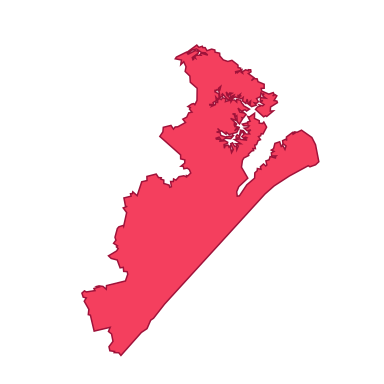 Kaipara District, Northland, New Zealand (Equal Earth projection), rotated 256°
{"feature_id": "76426892B63494088345666", "entity_name": "Kaipara District", "entity_type": "district", "adm_level": 2, "iso_a3": "NZL", "parent_name": "New Zealand", "parent_adm1": "Northland", "projection": "equal_earth", "projection_center": [174.219, -35.995], "detail": "fine", "context": "isolated", "style": "filled", "palette": "rose", "viewbox_px": 384, "rotation_deg": 256, "n_neighbors": 0, "source": "geoboundaries", "source_scale": "gbopen_adm2", "svg_char_len": 6109}
<svg xmlns="http://www.w3.org/2000/svg" viewBox="0 0 384 384"><g transform="rotate(256 192 192)"><path d="M50.6,83.5L68.0,108.9L70.3,115.3L77.6,120.9L78.8,124.1L89.9,138.3L172.4,262.3L178.1,273.3L184.0,290.4L189.4,311.2L187.9,312.5L188.5,318.5L190.7,322.4L208.0,323.3L215.9,321.5L225.5,313.2L224.5,308.4L225.5,306.2L225.3,304.4L224.3,304.5L225.1,305.8L224.6,307.0L223.6,304.0L225.4,303.8L222.5,296.9L219.0,296.3L220.6,295.9L219.9,292.3L217.1,292.0L213.9,294.4L210.8,292.5L215.8,291.2L214.6,290.4L214.5,289.6L219.5,289.2L219.1,284.2L214.3,281.6L213.5,279.1L211.6,281.4L210.8,278.4L207.7,278.1L206.7,282.4L205.8,280.8L204.5,281.7L207.5,276.4L204.6,274.6L204.3,271.2L200.1,271.2L199.4,269.9L201.9,268.2L200.0,264.5L197.4,264.4L199.0,261.1L196.9,260.4L195.4,257.6L190.3,256.1L185.7,246.9L176.8,237.1L177.0,234.9L181.4,235.4L185.9,238.7L191.9,249.5L204.1,246.0L210.5,248.6L212.5,250.6L213.7,255.9L215.1,255.9L217.3,259.8L217.3,261.8L219.4,261.6L218.7,264.0L222.3,264.2L222.4,266.1L225.9,268.6L226.2,271.1L229.7,269.9L229.9,272.2L231.9,273.3L231.1,274.9L236.9,280.1L242.5,278.6L241.4,277.0L242.5,273.9L244.9,274.5L248.3,270.4L253.3,271.8L250.9,265.7L251.8,264.4L246.6,265.6L246.5,262.9L244.7,262.6L245.7,261.9L245.7,257.2L243.8,258.1L242.3,263.4L240.9,261.6L241.3,258.1L238.1,260.3L238.1,264.1L236.5,261.1L234.5,262.0L235.1,258.5L239.1,256.6L240.0,254.5L235.6,256.6L233.7,253.7L232.0,254.9L232.3,257.3L231.3,258.4L230.7,255.8L228.9,258.0L231.4,251.6L234.0,251.2L237.4,254.0L239.0,253.5L234.8,251.5L236.6,249.7L235.4,248.2L233.3,247.8L233.4,249.7L232.1,249.7L232.6,245.9L227.0,251.1L228.3,246.0L225.4,248.1L222.2,245.7L225.9,246.2L225.9,244.4L229.9,243.2L229.5,241.3L223.2,242.3L222.7,240.5L222.1,241.4L220.6,239.9L227.6,240.2L226.5,238.8L228.7,238.4L228.8,235.3L226.6,234.0L230.3,234.6L230.5,238.1L231.6,238.7L233.8,236.3L234.5,231.4L236.3,232.1L237.1,229.4L237.7,230.1L237.7,228.4L238.4,228.4L238.7,231.6L234.6,233.3L236.0,237.6L234.3,242.5L236.7,246.0L237.6,245.2L236.0,243.5L237.1,242.6L237.3,237.8L239.9,233.7L242.9,233.6L244.1,230.3L244.6,233.9L247.5,232.1L244.4,234.2L243.7,232.3L244.2,235.4L239.8,239.0L241.6,239.7L238.8,241.9L239.0,249.9L243.6,253.9L241.0,248.1L244.2,251.9L245.0,249.5L246.8,249.2L248.0,249.6L246.1,250.8L247.2,251.8L254.1,247.3L250.8,252.0L257.0,251.7L258.1,250.2L257.5,252.6L254.3,252.1L255.2,253.9L249.4,252.9L246.5,254.5L250.7,258.7L252.1,258.4L251.5,259.8L254.2,263.2L258.2,260.2L256.6,260.5L257.9,257.7L262.3,256.9L258.5,259.6L259.0,263.4L257.3,264.5L258.5,267.8L263.4,262.8L264.1,262.9L266.2,261.7L268.6,261.4L269.5,260.9L271.0,257.6L268.5,257.1L271.0,255.4L271.6,253.2L270.1,251.6L271.9,251.9L271.6,246.3L274.0,247.5L276.0,244.7L274.6,242.6L275.9,241.7L275.3,239.3L272.7,238.5L273.6,236.7L271.1,235.8L270.4,231.8L271.7,233.1L271.9,230.4L272.6,230.4L271.7,234.3L273.7,234.1L274.8,237.8L278.3,238.1L276.1,239.2L276.9,241.2L280.8,241.7L283.6,238.5L285.7,239.0L284.1,239.3L285.3,240.9L284.4,242.5L286.2,242.8L287.5,245.4L284.1,243.6L283.9,241.2L283.7,242.6L276.9,242.1L277.6,244.8L279.3,244.6L279.9,245.3L272.8,249.2L273.5,252.0L277.4,249.3L280.8,249.4L277.3,251.0L279.0,252.6L278.1,254.8L277.1,252.1L273.1,253.1L275.3,253.8L275.8,256.3L272.9,254.0L273.8,257.0L272.1,259.5L274.6,260.0L274.2,261.1L274.9,261.9L275.1,262.4L273.9,261.5L273.5,263.2L273.3,260.8L271.8,260.6L270.4,262.6L271.3,264.5L268.1,263.1L264.9,265.6L268.8,268.0L264.7,267.8L264.5,269.5L265.7,270.0L266.1,270.9L263.3,269.9L264.1,267.6L260.4,270.5L260.7,275.4L263.5,274.0L262.5,276.0L263.5,278.3L267.0,277.2L268.1,281.6L271.5,282.9L269.5,284.2L270.0,285.8L268.2,283.9L265.2,286.3L267.0,281.3L263.9,280.3L263.5,283.0L262.9,279.9L259.4,283.1L258.5,281.5L260.3,278.2L258.8,278.8L258.7,276.2L256.8,273.6L247.6,279.7L248.2,281.8L247.2,282.8L251.0,290.6L251.6,287.5L255.5,288.8L258.0,296.5L259.7,296.4L260.9,293.7L264.8,297.6L266.3,296.2L265.7,293.4L266.5,295.4L268.8,294.9L268.4,290.2L273.1,284.1L275.8,284.2L275.2,287.1L279.1,288.1L283.1,282.7L286.0,282.6L287.0,279.7L285.7,276.6L287.8,279.9L293.3,275.3L294.3,278.3L296.4,278.5L297.0,276.4L296.0,276.2L297.6,273.5L296.4,269.9L295.0,269.9L296.3,268.7L298.4,269.9L296.9,264.9L297.4,264.6L296.0,265.2L297.5,264.4L297.0,263.3L298.2,263.4L298.1,268.7L300.4,269.2L301.6,266.8L304.0,267.3L310.1,262.6L310.0,258.4L312.6,254.3L317.3,251.9L320.0,252.4L322.1,248.2L324.3,248.5L325.9,245.6L325.5,240.7L328.9,239.7L329.5,237.4L330.9,237.3L330.7,233.6L333.4,232.2L328.9,221.2L327.8,221.3L329.7,226.6L329.7,231.0L325.0,235.0L323.9,238.6L321.6,240.1L321.3,239.9L324.5,234.4L323.4,232.9L322.7,233.7L322.5,233.8L323.6,229.4L322.6,227.3L321.0,227.7L322.4,226.2L320.3,225.6L320.1,224.9L322.4,224.8L325.1,231.4L326.8,232.5L328.4,229.3L326.6,221.5L329.1,220.5L326.7,209.5L325.3,208.0L322.6,213.7L318.3,211.9L320.4,215.5L315.0,216.5L310.6,214.5L305.0,218.0L298.9,216.9L291.4,222.1L279.7,219.0L276.0,215.9L277.4,215.1L277.4,212.8L275.9,208.7L274.3,210.8L273.1,209.6L269.5,211.3L269.6,208.0L265.9,205.0L264.9,200.7L261.0,202.5L258.7,193.9L259.2,191.4L257.5,189.2L261.7,187.7L261.7,179.8L257.4,178.3L253.7,174.2L230.8,189.9L226.9,189.0L224.9,192.8L221.8,191.9L219.7,187.6L219.1,189.7L216.5,189.7L216.3,193.1L214.5,194.8L210.7,195.4L208.6,191.8L209.3,190.6L208.0,190.3L209.7,188.0L210.0,183.1L207.4,179.3L209.1,177.3L206.7,176.4L207.4,173.8L202.1,173.3L201.9,171.6L204.3,171.4L207.1,166.7L210.4,167.5L212.1,164.8L213.3,165.6L214.1,163.0L218.1,161.6L218.0,152.0L214.0,151.1L214.1,145.7L201.7,137.9L206.5,134.6L204.9,133.7L205.2,131.9L202.7,131.9L202.7,124.5L193.7,124.0L193.8,125.8L193.2,121.4L187.8,123.6L175.3,117.4L176.2,117.3L175.9,112.6L174.6,110.7L166.7,106.3L163.6,106.5L161.2,103.5L157.7,106.7L157.0,105.4L155.0,106.7L153.0,104.5L150.3,95.5L147.1,97.5L144.1,103.0L135.8,103.9L135.5,107.1L131.5,106.5L130.4,109.8L127.8,109.8L121.8,105.9L121.9,86.4L118.4,85.3L121.9,82.8L123.4,79.1L123.4,76.7L122.3,78.3L122.1,73.5L119.8,74.0L120.6,65.3L122.1,63.7L120.5,60.7L116.3,61.0L114.8,63.8L112.1,61.0L103.1,63.5L98.1,61.7L97.1,63.6L80.7,63.4L80.5,79.9L76.9,77.2L73.7,79.6L66.2,79.2L62.0,74.0L57.8,73.9L56.0,78.3L55.0,77.6L53.7,82.1L50.6,83.5Z" fill="#f43f5e" stroke="#9f1239" stroke-width="1.5"/></g></svg>